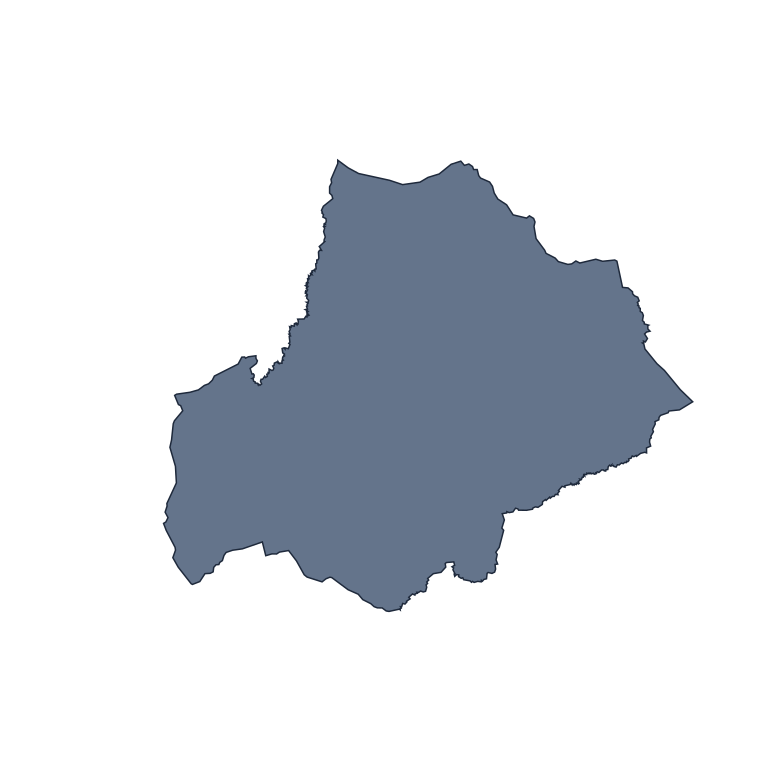 outline of Nong Bua, Nakhon Sawan, Thailand, rotated 333°
{"feature_id": "78962969B24099106411844", "entity_name": "Nong Bua", "entity_type": "district", "adm_level": 2, "iso_a3": "THA", "parent_name": "Thailand", "parent_adm1": "Nakhon Sawan", "projection": "natural_earth1", "projection_center": [100.631, 15.883], "detail": "fine", "context": "isolated", "style": "filled", "palette": "slate", "viewbox_px": 768, "rotation_deg": 333, "n_neighbors": 0, "source": "geoboundaries", "source_scale": "gbopen_adm2", "svg_char_len": 6159}
<svg xmlns="http://www.w3.org/2000/svg" viewBox="0 0 768 768"><g transform="rotate(333 384 384)"><path d="M192.3,299.1L191.5,309.0L193.0,311.0L192.5,316.5L180.6,321.6L178.2,323.7L169.3,337.4L164.5,343.2L160.8,362.7L154.1,377.9L136.3,391.9L135.3,394.3L130.8,398.8L130.9,405.0L127.0,407.9L124.3,408.1L123.5,415.6L123.7,434.7L122.8,437.4L117.0,442.9L117.5,453.9L121.5,474.4L122.3,475.6L130.2,476.4L138.4,471.7L143.2,473.8L146.5,473.8L149.0,470.1L152.2,468.8L154.9,469.9L156.6,468.4L159.8,468.0L163.6,464.1L166.9,462.4L173.7,463.4L183.0,466.6L203.9,469.5L200.7,483.3L207.0,484.5L211.2,486.7L214.5,486.3L223.4,489.1L225.7,501.9L226.3,517.7L227.8,521.1L239.0,532.2L243.9,531.2L248.1,531.6L249.6,532.8L258.6,551.0L265.6,559.6L267.2,566.5L272.5,573.7L274.1,577.9L276.4,580.4L280.7,582.7L282.9,587.2L285.2,588.9L295.5,591.6L295.9,592.6L296.3,591.5L297.6,591.5L297.6,589.9L298.6,590.5L301.0,588.0L302.8,589.6L305.4,588.6L305.4,587.8L309.7,587.3L309.2,585.3L314.1,584.0L315.7,586.1L316.6,585.1L318.6,585.6L318.7,584.5L320.2,585.4L322.6,585.1L324.5,587.1L326.9,587.6L329.8,584.5L330.3,582.1L332.3,581.5L332.2,579.8L334.8,579.0L334.6,577.1L341.9,575.4L349.3,577.7L355.9,575.2L357.0,571.8L358.6,571.4L365.4,574.2L364.6,577.6L361.6,577.7L362.5,579.5L361.1,580.8L361.1,585.3L360.2,585.2L359.7,587.5L362.1,586.8L364.0,588.0L363.0,589.5L364.6,592.2L366.2,592.4L366.1,594.5L371.3,598.5L371.9,600.4L373.3,600.1L374.2,601.7L377.9,602.4L380.8,604.4L381.6,603.2L382.1,604.4L384.3,603.5L386.9,604.1L389.9,599.5L391.2,599.2L394.2,601.8L397.2,601.8L399.4,599.6L401.0,595.2L403.5,596.0L404.0,591.6L407.5,587.2L407.2,584.7L412.5,581.9L424.2,568.7L423.6,565.9L429.5,559.8L430.5,553.2L434.8,554.6L435.5,553.5L437.1,555.4L440.8,556.5L444.8,554.4L446.6,556.1L446.6,557.5L453.6,561.2L459.5,563.0L460.5,562.1L463.1,562.2L465.2,563.8L470.4,563.2L471.9,560.8L475.4,560.3L475.6,561.3L480.3,560.0L480.3,561.2L483.0,560.6L484.6,561.4L486.6,560.2L488.8,561.6L488.8,560.5L491.5,559.2L491.1,558.1L496.2,556.0L498.4,558.1L499.0,556.8L504.2,558.1L505.5,557.2L505.8,559.5L506.9,559.0L507.4,560.4L508.5,559.7L509.7,560.8L510.5,559.7L511.7,561.1L512.1,560.3L512.7,560.9L512.9,559.0L515.4,558.7L515.3,557.7L516.5,558.8L518.3,557.1L519.3,557.5L520.5,555.8L521.1,557.1L521.6,555.5L523.5,556.7L524.3,555.5L525.3,556.7L526.3,556.3L526.7,557.5L527.8,557.2L528.0,558.2L530.1,558.6L530.3,559.8L532.1,560.3L532.9,560.0L532.6,559.2L534.3,559.2L535.3,560.4L538.8,559.4L540.6,560.3L540.9,562.0L541.0,561.2L542.0,562.2L542.9,561.2L544.6,561.8L546.2,559.5L548.1,558.7L548.7,559.8L549.9,559.5L549.2,560.2L551.4,560.7L551.4,561.9L553.1,563.4L555.3,561.9L556.8,562.9L559.6,562.2L561.0,563.6L562.7,563.1L564.2,564.0L565.1,563.1L565.9,563.9L567.5,563.4L568.0,561.8L570.5,562.3L572.5,560.8L573.6,562.2L576.2,562.1L576.2,563.1L581.2,562.3L585.3,563.2L586.7,564.6L588.9,560.1L593.4,560.4L594.2,556.4L595.8,553.8L597.7,553.3L598.0,551.7L602.4,548.8L602.7,546.4L607.5,542.8L608.4,540.5L612.6,540.7L613.9,538.6L616.2,537.5L624.2,538.6L625.6,537.4L635.5,541.2L651.0,540.0L645.4,523.5L640.0,499.2L636.4,489.8L632.4,471.2L633.7,466.2L632.9,464.8L634.2,465.1L634.7,463.6L636.0,465.2L639.4,463.1L638.9,457.7L641.5,456.9L645.0,457.7L644.1,454.7L645.6,451.7L646.5,451.7L643.2,448.6L643.9,447.1L643.1,444.8L646.2,440.7L646.5,437.7L645.3,435.7L646.7,432.9L645.9,431.9L646.6,430.0L645.7,429.2L646.8,428.2L646.8,426.3L649.1,425.8L649.5,421.9L647.2,419.1L646.5,416.5L647.3,414.6L645.1,409.2L640.4,406.2L647.3,380.3L645.9,378.3L634.5,373.9L629.4,369.0L613.4,365.1L610.8,361.5L605.8,362.2L602.1,360.9L594.9,354.1L593.7,349.5L587.7,341.2L587.9,337.7L585.5,323.5L589.2,311.7L592.1,308.2L592.5,304.4L589.9,300.2L586.4,300.9L575.8,291.9L574.6,280.0L569.4,270.9L568.9,263.9L570.4,257.1L569.8,252.0L563.5,244.3L563.0,241.3L564.4,235.2L561.2,233.6L561.6,230.4L559.5,226.5L554.9,225.7L553.6,220.3L543.6,218.7L528.5,221.9L517.0,219.9L507.7,220.5L491.1,214.8L481.4,205.0L456.9,184.9L450.3,175.3L444.4,163.6L442.9,166.6L429.7,177.6L428.7,180.9L425.1,183.5L422.2,189.2L423.2,192.3L422.5,195.6L410.7,198.1L407.1,200.9L407.1,203.0L406.3,203.4L407.0,205.6L405.3,207.5L407.3,210.2L406.6,212.5L405.3,214.0L403.9,214.0L404.1,215.1L403.1,214.5L402.3,215.8L402.8,216.7L401.6,216.4L401.9,218.1L399.4,220.8L398.4,226.4L396.3,228.1L395.3,229.7L395.8,230.2L388.7,232.1L389.0,236.6L387.3,235.6L385.5,236.7L383.1,242.2L381.7,243.4L380.4,243.0L379.1,245.7L377.7,245.9L375.8,250.6L374.6,250.3L373.7,251.9L373.3,250.7L370.9,250.6L370.7,252.0L369.4,252.0L369.5,253.7L368.5,252.6L368.2,253.7L366.1,254.2L365.9,253.4L364.9,255.6L363.7,255.4L363.5,256.1L364.6,256.5L362.4,257.7L362.5,259.3L361.1,258.7L361.2,259.9L360.1,259.7L360.6,261.0L358.7,260.8L359.6,262.1L358.8,263.0L359.7,263.1L358.1,263.9L358.7,265.4L357.4,266.3L356.6,265.4L355.7,266.3L356.1,267.2L355.2,267.4L356.3,269.3L354.7,270.0L355.6,270.4L354.1,272.4L354.8,275.2L353.6,276.7L352.1,276.0L352.9,277.6L351.3,278.5L351.3,279.7L350.2,279.6L349.8,282.5L347.7,282.0L348.9,283.7L348.1,284.3L349.2,285.0L347.6,285.6L348.4,288.7L346.9,288.6L346.7,287.5L345.7,289.2L345.1,288.2L342.3,289.8L336.5,287.0L336.2,289.1L334.6,291.5L333.9,290.8L333.3,291.8L332.7,290.5L333.2,289.7L331.5,289.6L330.2,291.7L327.9,289.8L326.9,291.3L325.9,290.1L325.1,292.9L323.3,294.1L323.0,296.6L321.9,296.4L322.5,298.7L321.2,298.5L319.1,304.0L317.6,304.6L318.3,306.0L314.7,309.1L312.5,307.1L311.7,308.1L311.4,306.4L309.3,306.1L307.9,310.3L308.9,312.2L307.6,313.1L308.0,313.8L306.0,314.0L304.6,316.0L305.1,317.0L303.5,317.1L302.5,319.2L300.4,317.9L299.9,319.0L299.7,315.9L299.0,316.8L298.6,315.7L295.8,315.6L294.6,317.4L293.0,317.4L293.0,319.9L291.6,321.2L290.3,321.1L288.4,318.5L286.7,321.8L285.9,321.2L285.6,322.3L284.0,322.1L283.5,324.3L281.4,324.4L281.3,322.9L277.9,324.7L276.6,324.0L275.2,325.4L275.0,328.4L272.9,328.8L272.4,327.4L271.5,327.9L271.7,326.0L269.7,324.7L270.2,323.7L269.1,322.3L269.8,320.0L268.9,319.2L271.0,319.2L272.4,317.1L272.2,315.6L270.9,315.1L271.8,309.3L279.6,307.8L281.7,305.9L281.5,303.1L282.7,300.7L275.6,298.2L272.3,298.1L272.1,296.7L269.5,295.5L263.1,300.0L236.5,299.9L232.7,302.7L227.8,304.2L223.3,303.7L216.0,305.0L207.4,303.3L194.6,298.9L192.3,299.1Z" fill="#64748b" stroke="#1e293b" stroke-width="1.5"/></g></svg>